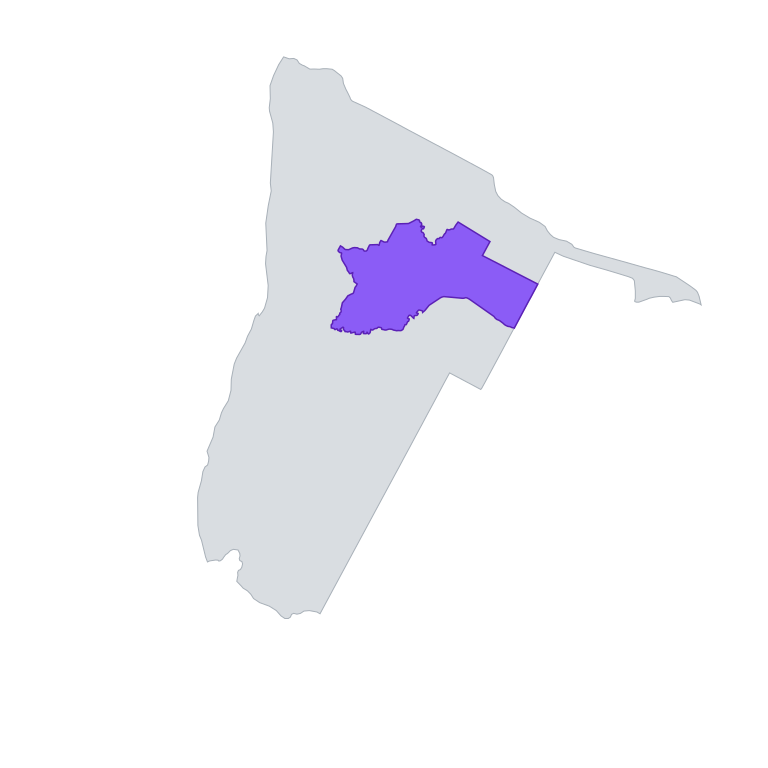 location of Otjozondjupa within Namibia, rotated 28°
{"feature_id": "NAM-3349", "entity_name": "Otjozondjupa", "entity_type": "Region", "adm_level": 1, "iso_a3": "NAM", "parent_name": "Namibia", "parent_adm1": "", "projection": "natural_earth1", "projection_center": [17.471, -20.567], "detail": "fine", "context": "in_parent", "style": "filled", "palette": "violet", "viewbox_px": 768, "rotation_deg": 28, "n_neighbors": 0, "source": "natural_earth", "source_scale": "10m", "svg_char_len": 8884}
<svg xmlns="http://www.w3.org/2000/svg" viewBox="0 0 768 768"><g transform="rotate(28 384 384)"><path d="M559.5,158.9L567.2,157.1L574.6,155.5L583.1,153.8L590.0,152.5L591.7,152.1L608.1,153.7L615.3,154.8L617.7,155.8L621.0,158.6L626.9,165.3L625.3,165.1L614.3,166.5L610.1,168.3L600.6,176.3L598.6,175.3L596.4,173.6L594.5,173.1L590.4,175.1L586.2,177.3L581.6,180.6L577.9,183.8L576.6,185.5L570.7,192.0L568.8,193.1L567.1,193.5L566.4,193.2L565.7,190.4L562.2,183.8L556.5,175.2L554.8,174.4L553.6,174.0L549.3,174.5L536.9,176.9L526.4,179.0L510.3,182.5L493.0,185.3L482.3,187.0L473.0,187.5L473.0,196.1L472.9,213.3L472.9,230.6L472.8,247.9L472.7,265.1L472.6,282.4L472.6,299.7L472.5,316.9L472.4,334.2L472.3,341.8L472.0,343.4L466.8,343.4L454.8,343.4L444.8,343.4L436.7,343.4L436.6,353.6L436.6,365.8L436.6,377.9L436.5,390.1L436.5,402.2L436.4,414.4L436.4,426.5L436.3,438.7L436.3,450.8L436.2,460.0L436.2,461.0L436.1,478.9L436.0,497.7L435.9,516.6L435.8,535.5L435.7,554.3L435.6,573.2L435.5,592.1L435.4,610.9L435.4,616.9L431.8,616.8L424.5,619.1L419.9,622.1L417.9,625.8L415.2,628.1L411.9,628.9L410.5,630.8L410.8,633.7L409.6,636.0L406.6,637.6L401.9,637.1L395.3,634.6L387.0,634.0L376.9,635.4L369.6,634.7L365.2,632.2L360.5,630.7L355.5,630.4L352.6,629.3L346.7,627.4L345.6,624.1L344.9,621.6L343.2,619.0L343.0,616.9L344.3,615.3L344.5,612.7L343.6,609.2L341.9,607.5L339.6,607.6L338.2,606.2L337.6,603.4L336.2,601.3L333.0,599.1L328.6,600.7L326.6,603.2L325.4,607.1L324.3,609.0L323.8,612.2L323.6,614.5L322.5,616.9L321.3,617.9L320.1,617.5L317.9,618.5L313.1,622.1L311.7,624.0L307.7,620.5L296.2,607.6L292.1,604.2L286.1,596.3L272.7,571.7L270.8,567.0L268.2,555.1L265.2,546.3L264.9,541.2L266.3,538.4L265.4,534.5L263.9,531.0L259.3,526.4L258.0,511.1L254.9,501.3L255.5,493.1L254.0,485.7L253.8,481.0L254.4,471.9L251.9,461.5L246.9,451.4L242.4,436.7L241.7,430.3L242.1,413.0L241.1,405.9L241.1,397.7L239.3,389.1L238.6,384.4L239.8,380.7L240.5,381.8L241.8,382.4L242.7,377.5L242.9,373.1L240.6,362.4L235.5,351.4L223.0,333.5L219.9,326.7L218.1,321.1L204.1,297.5L198.1,280.9L193.8,266.5L189.3,259.9L168.0,213.3L163.3,205.8L154.9,196.9L153.0,194.0L149.7,185.5L143.3,174.1L141.7,163.5L141.1,151.5L141.8,142.3L147.6,141.4L151.5,138.9L155.1,138.7L158.7,140.7L162.5,140.8L164.0,140.5L170.7,140.8L174.6,138.6L179.2,136.4L181.9,134.4L185.6,132.4L190.5,130.4L193.3,130.6L196.8,131.3L201.4,132.1L204.0,133.5L207.1,137.7L211.9,141.6L215.4,144.0L219.5,147.0L220.7,148.2L222.5,148.9L223.5,149.1L231.0,148.6L237.8,148.2L245.1,148.2L258.8,148.2L272.6,148.2L286.3,148.3L300.0,148.3L313.8,148.3L327.5,148.3L341.2,148.3L355.0,148.4L360.6,148.4L370.4,148.5L380.7,148.7L381.9,148.9L383.0,149.7L383.9,150.5L387.6,155.9L392.2,161.5L396.1,164.2L400.7,165.8L405.1,166.3L409.1,166.0L415.9,166.7L425.3,168.5L435.0,169.0L445.2,168.3L452.3,169.3L456.4,172.1L460.6,173.9L464.9,174.9L470.8,174.3L478.1,172.2L484.4,172.5L487.3,174.0L489.0,174.1L499.8,171.9L508.5,170.1L521.6,167.2L532.3,164.8L548.3,161.3L559.5,158.9Z" fill="#d9dde1" stroke="#a8b0b8" stroke-width="1"/><path d="M472.9,223.6L472.9,227.0L472.9,232.3L472.9,237.6L472.8,242.8L472.8,248.1L472.8,253.4L472.8,258.7L472.8,264.0L472.8,269.3L472.8,273.5L472.7,273.5L471.8,273.6L471.2,273.9L470.7,274.1L468.4,274.2L466.5,274.9L466.0,275.0L463.5,275.1L462.2,274.9L460.3,274.4L456.5,273.8L455.1,273.8L453.8,274.0L453.1,274.0L451.4,273.7L450.8,273.4L449.8,272.9L449.2,272.7L420.3,269.1L419.3,269.0L417.2,269.0L416.2,269.2L415.5,269.5L414.3,270.7L413.2,271.4L396.1,278.6L395.7,278.8L394.4,280.0L393.4,281.3L387.0,293.1L386.8,293.7L385.7,299.5L385.4,300.4L384.5,302.6L384.2,302.1L384.0,301.8L383.6,301.5L383.0,301.5L380.5,302.1L379.8,302.6L379.4,304.3L379.2,305.6L379.2,305.9L379.4,306.0L379.7,306.0L380.8,305.7L381.1,305.7L381.2,305.8L381.2,306.2L381.2,307.0L381.1,307.5L380.9,307.9L380.4,308.3L379.1,309.1L378.8,309.4L378.8,309.9L378.9,310.3L379.0,310.7L379.5,311.7L379.6,312.1L379.4,312.1L375.7,311.0L375.3,310.9L375.0,311.0L374.6,311.1L374.2,311.4L373.9,311.7L373.8,312.5L373.7,314.5L373.8,314.8L374.0,314.9L374.3,314.9L375.1,314.9L375.7,314.7L375.8,314.8L375.9,315.1L376.2,316.4L376.2,316.8L376.2,317.2L375.6,317.8L375.6,318.2L375.6,318.6L375.8,320.4L375.7,320.8L375.7,321.2L374.7,321.7L374.7,322.0L374.8,322.7L374.9,323.0L374.9,323.3L374.8,324.5L375.1,326.3L375.1,326.8L374.9,327.4L374.0,328.8L373.2,329.3L370.9,330.4L370.5,330.9L366.8,332.0L366.0,331.9L364.5,332.3L362.8,333.1L361.6,334.2L360.8,335.1L360.4,335.4L359.5,335.9L357.8,336.3L356.7,336.7L356.3,336.7L355.7,336.0L355.4,335.7L355.0,335.6L354.7,335.7L353.0,336.2L352.6,336.4L352.3,336.6L352.0,337.0L351.6,338.2L351.4,338.4L350.2,339.2L349.8,339.5L349.5,340.0L349.2,340.8L349.1,341.0L348.8,341.4L348.5,341.7L348.1,341.9L347.7,342.0L347.0,341.9L346.7,342.0L346.8,342.4L347.5,344.7L347.6,345.1L347.6,345.4L347.2,346.5L347.1,346.9L346.9,347.1L346.5,347.1L345.1,346.4L344.8,346.3L344.8,346.6L344.9,347.3L344.8,347.7L344.5,348.0L344.2,348.2L342.5,349.0L342.1,349.1L342.0,348.9L341.8,348.6L341.7,347.7L341.5,347.3L341.3,347.1L341.0,347.4L340.7,347.7L340.1,348.5L339.9,349.0L339.9,349.4L339.9,350.7L339.7,351.2L339.2,351.7L335.8,353.4L335.4,353.5L335.1,353.3L334.9,352.9L334.7,352.4L334.5,352.0L334.2,351.8L333.9,351.9L333.5,352.2L331.1,354.4L330.8,354.6L330.7,354.6L330.4,354.3L330.2,353.8L330.0,353.5L329.7,353.2L329.2,353.5L328.9,353.8L328.1,354.6L327.8,354.9L327.4,355.2L326.9,355.2L325.3,355.9L324.9,356.0L324.5,355.5L324.0,355.2L323.0,355.1L322.6,354.8L322.3,354.4L322.0,353.5L321.8,353.2L321.6,353.1L321.3,353.1L320.9,353.3L320.7,353.7L319.7,355.6L319.5,355.9L319.4,356.2L319.5,356.5L319.9,356.8L321.1,356.6L321.4,356.6L321.6,356.9L321.7,357.3L321.6,357.7L321.2,358.0L320.1,358.1L319.1,358.0L318.7,358.0L318.4,358.2L318.0,358.3L317.7,358.1L316.9,357.5L316.6,357.4L316.3,357.6L316.0,357.9L315.5,358.7L315.2,359.0L314.8,358.9L314.3,358.7L313.9,358.5L311.1,359.2L309.9,357.1L309.7,356.6L309.6,356.2L309.7,355.8L309.8,355.6L310.1,355.3L310.1,355.1L310.1,354.7L309.1,352.2L309.1,351.8L309.3,351.5L310.5,350.5L310.9,350.0L311.6,349.6L311.8,349.5L311.7,349.1L310.5,347.2L310.4,346.8L310.5,346.7L310.9,346.7L311.2,346.7L311.6,346.5L311.8,346.1L311.9,344.9L312.1,343.7L312.3,343.5L312.3,343.3L312.2,343.1L311.9,342.7L311.7,342.3L311.8,341.9L311.9,341.6L312.1,341.1L312.2,340.6L312.1,340.0L311.5,339.0L311.2,338.6L310.9,338.5L310.8,338.4L310.6,337.7L310.5,336.7L309.1,331.8L310.2,327.1L310.6,323.7L310.7,323.2L310.8,322.8L311.3,322.3L312.7,320.2L314.1,318.6L314.2,317.4L313.1,312.2L313.4,310.8L313.4,308.3L309.9,307.8L309.6,307.8L309.3,307.6L309.2,307.3L308.9,306.7L307.6,305.1L307.3,304.9L306.7,304.6L306.2,304.2L305.2,303.2L304.9,302.7L304.6,302.2L304.3,300.7L304.1,300.4L303.9,300.6L302.4,302.4L302.2,302.6L301.9,302.7L301.5,302.5L300.0,301.6L298.3,300.9L296.2,298.6L289.0,294.3L286.2,291.4L285.9,290.9L285.3,288.7L285.2,288.5L285.0,288.3L284.6,288.3L283.4,288.7L283.0,288.7L282.8,288.7L280.9,288.0L280.7,287.4L280.6,287.0L280.7,282.5L283.2,282.6L286.2,283.4L286.7,283.4L287.2,283.2L289.4,282.2L289.9,281.8L292.2,278.8L292.7,278.3L293.9,277.4L296.4,276.3L296.7,276.2L298.9,276.2L299.3,276.1L301.1,275.2L301.4,275.1L301.8,275.0L302.3,275.1L302.9,275.2L303.5,275.7L304.0,275.8L304.6,275.7L305.1,275.4L305.6,275.1L306.0,274.7L306.2,274.1L306.3,273.6L306.3,273.2L306.1,271.7L306.0,268.3L306.1,268.0L306.5,267.6L312.9,263.9L313.9,264.0L314.3,264.0L314.5,263.8L314.5,263.5L313.9,261.6L313.8,261.2L313.9,258.8L314.0,258.7L317.3,258.6L318.3,258.3L320.3,256.8L320.0,255.2L320.4,239.7L320.1,237.8L320.0,237.1L320.2,236.7L320.5,236.4L330.3,230.8L333.7,226.0L335.2,223.4L337.8,222.7L338.2,222.8L338.7,223.1L338.9,223.6L339.2,223.9L339.7,224.2L340.9,224.1L341.5,224.4L342.0,224.8L342.5,225.6L342.6,226.0L342.6,226.3L342.4,227.6L342.4,227.9L342.7,228.0L343.0,228.0L343.4,228.0L343.6,227.9L343.6,227.5L343.6,227.2L343.7,226.8L343.9,226.5L344.8,226.2L345.6,226.1L345.8,226.2L345.9,226.5L346.0,227.8L346.1,228.2L346.0,228.5L345.7,228.6L345.1,228.7L344.9,228.9L344.8,229.2L344.9,230.9L345.0,231.3L345.1,231.5L345.4,231.8L345.8,232.0L346.2,232.2L347.0,232.0L347.5,232.1L348.0,232.3L349.2,233.1L349.4,233.3L349.5,233.6L349.6,234.3L349.8,234.6L350.5,235.2L350.9,235.4L351.5,235.5L352.4,235.5L353.0,235.7L353.6,236.1L354.8,237.4L355.0,237.5L357.4,237.7L357.9,237.5L359.1,237.0L360.0,236.7L360.4,236.8L360.6,237.0L360.8,237.3L361.0,238.1L361.2,238.5L361.5,238.4L362.0,238.2L363.6,237.2L364.0,236.8L364.2,236.4L364.0,235.9L362.8,234.2L362.5,233.6L362.4,233.1L362.4,232.5L362.5,231.6L362.7,231.3L362.8,231.0L363.1,230.4L364.4,229.7L364.5,229.2L364.6,228.7L364.7,228.3L365.1,228.0L365.5,227.9L366.0,227.8L366.4,227.6L366.6,227.3L366.8,226.5L366.9,225.3L366.9,223.8L367.0,223.2L367.1,222.7L367.4,222.4L367.4,221.8L367.4,221.3L367.1,218.4L367.2,217.9L367.4,217.8L367.8,217.7L368.3,217.7L368.9,217.5L369.6,217.0L370.5,215.8L371.1,215.3L372.2,214.8L372.6,214.3L372.8,209.9L373.4,206.2L410.7,208.5L410.6,224.4L472.9,223.6L472.9,223.6Z" fill="#8b5cf6" stroke="#5b21b6" stroke-width="1.5"/></g></svg>